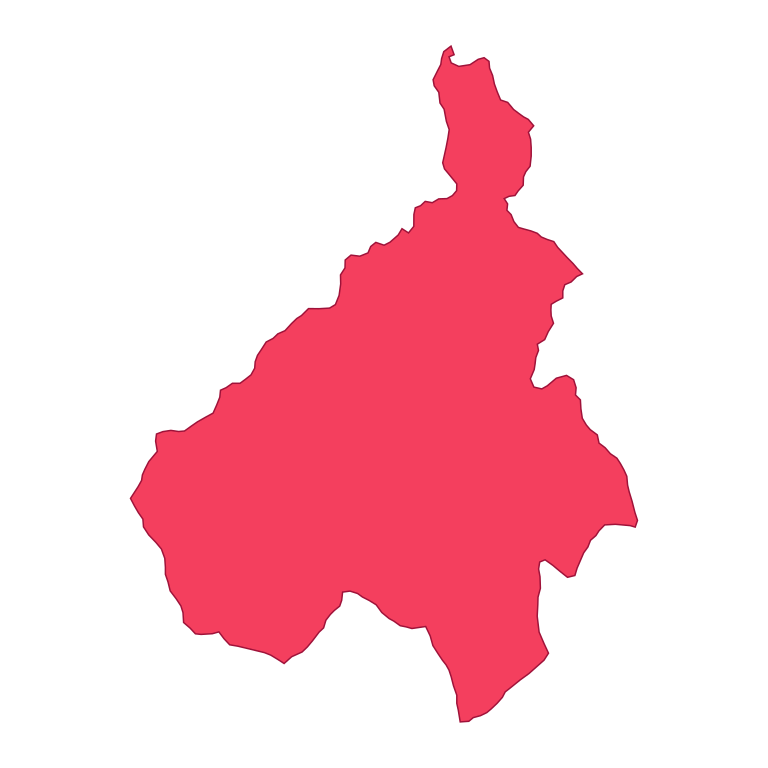 the district of Echaporã, São Paulo, Brazil
{"feature_id": "56859067B12179027104670", "entity_name": "Echaporã", "entity_type": "district", "adm_level": 2, "iso_a3": "BRA", "parent_name": "Brazil", "parent_adm1": "São Paulo", "projection": "orthographic", "projection_center": [-50.188, -22.419], "detail": "fine", "context": "isolated", "style": "filled", "palette": "rose", "viewbox_px": 768, "rotation_deg": 0, "n_neighbors": 0, "source": "geoboundaries", "source_scale": "gbopen_adm2", "svg_char_len": 3520}
<svg xmlns="http://www.w3.org/2000/svg" viewBox="0 0 768 768"><path d="M218.9,631.9L224.0,638.7L229.7,644.8L237.9,646.2L264.4,652.6L270.7,655.1L278.1,659.6L284.1,663.5L291.7,656.7L302.1,652.0L307.4,646.9L312.8,640.4L319.1,632.1L323.6,627.9L325.9,620.2L330.4,614.4L334.4,610.4L339.7,606.1L341.7,600.3L342.6,592.1L350.0,591.1L357.6,593.5L362.4,597.0L368.9,600.3L376.2,604.8L381.8,612.5L389.2,618.6L393.8,621.1L400.2,625.7L406.2,626.9L411.9,628.5L425.7,626.5L430.2,635.9L432.9,645.6L438.2,653.9L442.5,660.3L446.1,664.9L449.0,670.1L451.2,676.8L453.5,685.8L456.8,695.2L456.8,703.4L458.3,710.2L460.2,721.9L468.8,721.3L473.3,717.6L480.4,715.7L486.8,712.6L491.1,709.0L497.2,703.2L502.4,697.3L505.2,691.9L511.8,686.7L520.2,679.9L529.0,673.5L538.0,665.5L544.0,660.2L548.5,653.2L544.0,643.5L539.1,632.1L538.0,622.9L537.2,616.2L537.5,610.5L537.8,604.6L538.0,597.2L540.4,588.3L540.0,576.7L538.6,569.0L539.7,562.0L545.1,559.8L552.8,565.3L557.2,569.0L561.3,572.4L567.5,577.3L574.9,575.5L577.1,568.1L580.3,560.7L583.7,552.8L587.9,547.0L590.5,540.3L595.9,535.6L599.0,530.8L604.7,524.9L615.4,524.3L623.3,525.0L630.1,525.6L635.2,527.1L637.5,520.4L634.9,512.4L632.1,501.4L629.2,491.9L627.6,485.2L626.8,476.3L623.9,469.9L620.3,463.4L616.9,458.2L610.3,453.7L605.2,447.8L599.0,443.1L597.3,434.9L590.2,429.6L586.3,425.0L582.3,418.3L580.9,408.8L580.4,399.9L575.5,395.0L576.1,387.7L573.6,379.7L566.5,375.4L556.3,378.2L547.3,385.8L541.8,388.9L533.9,387.1L530.3,378.8L534.2,369.6L535.1,363.7L535.8,357.6L538.5,350.4L537.3,344.2L544.7,339.6L548.3,331.6L553.5,323.3L551.2,316.0L550.9,309.9L551.2,304.3L556.1,301.3L562.8,297.9L562.8,290.9L564.8,284.7L571.1,282.0L576.7,276.5L582.5,273.8L577.3,268.5L573.1,263.6L567.1,257.5L562.3,252.3L557.7,247.4L553.8,241.6L547.3,239.5L541.3,237.0L537.3,233.3L530.9,230.9L523.9,229.0L518.4,227.4L513.9,221.6L511.1,214.6L506.9,210.3L507.6,203.9L504.2,198.6L509.1,196.3L515.0,195.5L518.1,191.0L523.2,185.2L523.5,176.9L525.8,171.7L530.1,166.2L531.2,156.0L531.2,147.6L530.6,139.2L528.4,132.2L533.7,125.8L528.3,119.4L523.6,116.9L518.9,113.5L513.6,109.5L507.7,102.4L500.6,100.0L497.2,91.8L494.4,84.0L492.6,75.5L489.6,68.2L489.0,61.4L484.1,57.7L478.2,59.3L470.0,64.7L458.8,66.4L451.2,62.9L449.0,56.8L454.1,54.7L451.0,46.1L443.8,51.6L441.6,58.6L440.8,64.5L437.6,70.7L433.1,79.7L434.2,85.8L438.8,92.3L440.0,103.0L444.1,109.2L446.4,121.4L449.2,129.6L447.9,138.2L446.1,147.5L442.7,162.8L444.5,168.9L449.9,175.4L456.8,183.9L456.6,190.7L452.4,195.6L447.0,198.6L438.7,198.9L432.3,202.7L425.2,201.4L420.6,205.7L415.3,207.8L413.9,214.5L413.8,226.4L408.5,232.9L402.0,228.7L398.2,235.0L390.0,242.2L384.1,245.2L375.8,242.4L370.7,246.5L368.0,252.9L359.8,256.2L351.0,255.1L345.2,260.0L345.0,267.9L340.5,274.9L340.7,283.9L339.1,295.4L335.4,304.6L329.5,308.1L319.0,308.7L308.5,308.6L301.4,315.6L296.8,318.5L291.5,323.6L285.0,330.7L277.9,333.8L273.1,338.4L266.2,342.0L261.2,349.8L257.5,355.3L255.2,361.7L254.7,368.2L251.0,374.9L245.3,379.4L240.0,383.3L232.4,383.3L226.1,387.7L220.5,390.2L219.8,397.2L216.7,405.0L213.1,413.1L206.3,416.8L197.5,421.8L191.3,426.1L184.5,431.0L178.6,431.5L170.9,430.4L162.9,431.6L156.5,434.0L155.6,441.1L157.3,451.4L148.8,461.6L144.9,469.2L142.4,474.9L141.6,480.4L138.1,486.7L134.2,492.7L130.5,498.4L134.5,506.0L138.4,512.7L142.9,519.1L143.5,526.9L148.7,534.9L155.7,542.2L161.4,549.0L164.8,558.4L165.4,567.3L165.4,574.3L168.0,581.9L170.2,590.9L176.2,598.8L180.9,605.9L183.0,612.6L183.6,622.5L190.0,628.0L195.4,633.8L201.0,634.4L212.4,633.7L218.9,631.9Z" fill="#f43f5e" stroke="#9f1239" stroke-width="1.5"/></svg>